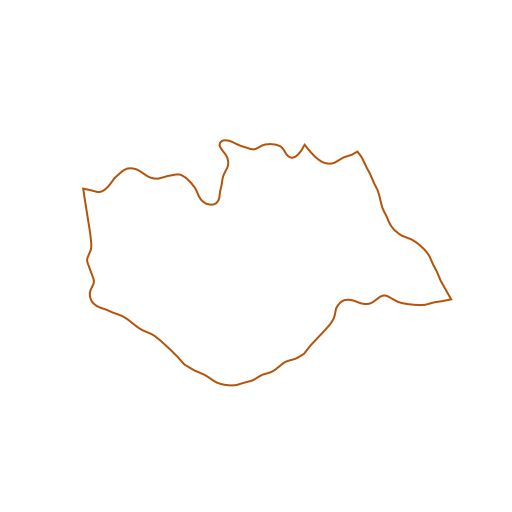 the district of Los Hidalgos, Puerto Plata, Dominican Republic, rotated 313°
{"feature_id": "3306468B64768612261884", "entity_name": "Los Hidalgos", "entity_type": "district", "adm_level": 2, "iso_a3": "DOM", "parent_name": "Dominican Republic", "parent_adm1": "Puerto Plata", "projection": "equal_earth", "projection_center": [-70.999, 19.734], "detail": "fine", "context": "isolated", "style": "outline", "palette": "amber", "viewbox_px": 512, "rotation_deg": 313, "n_neighbors": 0, "source": "geoboundaries", "source_scale": "gbopen_adm2", "svg_char_len": 2799}
<svg xmlns="http://www.w3.org/2000/svg" viewBox="0 0 512 512"><g transform="rotate(313 256 256)"><path d="M401.5,259.0L395.6,257.1L387.8,252.8L377.7,249.8L375.0,248.1L372.8,245.8L371.0,243.0L370.3,241.3L369.7,239.5L369.1,235.6L368.9,231.7L369.2,225.6L370.5,215.7L364.2,217.2L359.6,217.6L355.4,217.1L352.9,215.8L352.0,214.7L351.3,213.2L351.0,211.7L351.1,208.7L352.6,203.7L353.0,201.0L352.9,199.3L352.4,197.7L350.9,194.5L347.8,190.3L344.0,186.8L341.2,185.2L334.4,182.9L332.1,181.3L330.4,178.7L326.2,169.8L325.0,166.6L322.9,159.8L321.4,156.9L319.6,154.5L318.5,153.5L317.3,152.8L316.0,152.5L314.6,152.5L313.3,153.0L312.2,153.9L311.4,155.2L310.5,158.0L309.5,164.4L308.5,167.6L307.7,169.0L305.8,171.6L303.5,173.6L300.7,174.9L294.8,176.5L291.9,177.6L289.3,179.1L284.3,182.5L278.9,185.6L274.2,189.0L271.6,190.4L268.7,190.9L267.2,190.8L265.7,190.3L264.4,189.6L262.2,187.3L260.5,184.5L260.0,182.8L259.6,179.0L259.7,177.2L260.6,173.8L263.2,167.8L264.3,164.4L265.2,158.7L265.4,152.9L265.0,149.2L264.1,145.8L263.3,144.3L261.3,142.1L254.3,136.9L246.6,132.2L245.4,131.2L243.3,128.8L241.6,125.9L240.4,122.6L238.9,113.5L238.0,109.9L236.5,106.9L234.5,104.3L232.1,102.2L229.2,101.0L226.2,100.3L216.5,99.4L210.2,100.2L205.4,100.5L200.9,100.1L198.1,99.2L195.7,97.6L194.7,96.4L190.9,89.4L187.4,83.7L180.9,91.9L159.4,119.4L153.2,126.6L150.6,129.1L147.8,131.0L139.7,134.0L137.4,135.6L135.8,138.1L128.7,152.3L127.0,154.7L124.7,156.2L118.1,158.3L115.6,159.7L113.4,161.9L112.5,163.2L111.0,166.3L110.6,168.1L110.5,170.0L110.8,173.7L111.9,177.0L114.6,183.0L117.0,189.9L119.8,196.3L121.0,199.6L122.1,205.3L123.1,217.2L123.7,221.0L124.6,224.5L127.6,232.7L128.4,236.4L129.0,244.4L129.1,256.7L128.8,267.1L127.8,277.7L130.3,289.1L133.9,299.0L134.7,302.7L135.9,310.2L136.8,314.0L138.4,317.5L140.3,320.8L143.7,325.3L146.2,327.9L148.9,330.1L154.4,333.2L162.0,338.0L164.9,339.1L170.9,340.7L173.8,341.8L180.2,345.6L183.0,346.8L186.0,347.6L195.3,348.9L198.3,349.6L201.1,350.9L207.5,354.8L210.4,355.9L217.0,357.8L228.3,356.9L249.4,357.0L256.4,356.8L259.8,356.3L263.1,355.5L266.0,354.2L272.2,350.4L275.2,349.6L279.7,349.4L282.7,350.2L284.1,350.9L286.5,352.8L288.5,355.3L290.1,358.1L292.0,362.9L293.4,365.9L295.3,368.6L297.5,370.7L298.7,371.6L301.8,372.9L311.0,374.6L313.7,375.9L314.8,376.9L316.3,379.5L318.8,389.7L320.2,393.1L322.0,396.3L325.1,400.9L328.5,405.3L332.0,409.5L335.8,413.1L343.9,418.1L350.1,423.1L357.4,428.3L363.8,408.1L368.0,398.7L370.4,391.7L373.8,383.8L374.4,382.1L375.2,378.3L375.6,374.3L375.6,370.4L375.5,366.4L375.0,362.4L374.2,358.7L373.6,357.0L370.4,349.0L369.7,345.3L369.4,339.4L369.9,335.6L370.3,333.7L371.4,330.3L374.2,324.1L376.0,318.9L377.5,315.5L379.4,312.3L384.6,304.5L387.3,299.5L389.8,292.6L394.0,283.1L396.3,276.1L399.5,268.1L400.6,264.6L401.5,259.0Z" fill="none" stroke="#b45309" stroke-width="2"/></g></svg>